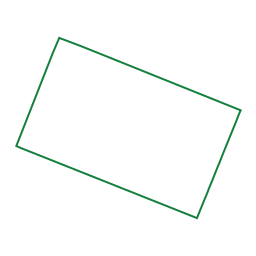 Banner, Nebraska, United States of America, rotated 202°
{"feature_id": "52423323B1452936307731", "entity_name": "Banner", "entity_type": "district", "adm_level": 2, "iso_a3": "USA", "parent_name": "United States of America", "parent_adm1": "Nebraska", "projection": "orthographic", "projection_center": [-103.858, 41.546], "detail": "fine", "context": "isolated", "style": "outline", "palette": "green", "viewbox_px": 256, "rotation_deg": 202, "n_neighbors": 0, "source": "geoboundaries", "source_scale": "gbopen_adm2", "svg_char_len": 408}
<svg xmlns="http://www.w3.org/2000/svg" viewBox="0 0 256 256"><g transform="rotate(202 128 128)"><path d="M224.8,69.5L219.5,69.3L30.3,70.3L30.3,90.5L30.2,93.2L30.2,99.0L30.3,102.5L30.2,110.7L30.3,121.4L30.3,125.8L30.2,130.2L30.2,131.0L30.3,137.4L30.3,139.9L30.2,177.3L30.3,181.1L30.2,186.6L201.9,186.3L223.4,185.8L225.5,185.8L225.8,169.4L224.8,69.5Z" fill="none" stroke="#15803d" stroke-width="2"/></g></svg>